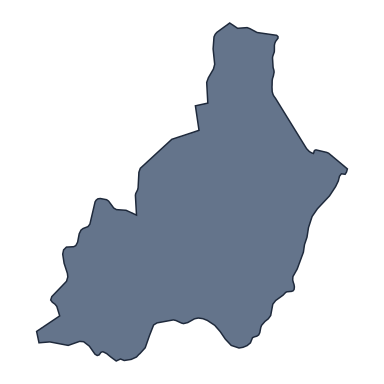 Almería, Equal Earth projection
{"feature_id": "ESP-5804", "entity_name": "Almería", "entity_type": "Autonomous Community", "adm_level": 1, "iso_a3": "ESP", "parent_name": "Spain", "parent_adm1": "", "projection": "equal_earth", "projection_center": [-2.331, 37.298], "detail": "fine", "context": "isolated", "style": "filled", "palette": "slate", "viewbox_px": 384, "rotation_deg": 0, "n_neighbors": 0, "source": "natural_earth", "source_scale": "10m", "svg_char_len": 2079}
<svg xmlns="http://www.w3.org/2000/svg" viewBox="0 0 384 384"><path d="M347.4,168.9L346.5,172.1L345.1,174.3L341.4,173.8L339.5,176.2L338.3,181.0L335.6,186.6L329.5,195.9L317.4,208.8L312.1,216.5L308.5,227.6L307.0,237.2L304.5,244.6L303.4,252.2L297.2,269.0L292.9,276.6L292.7,280.0L293.3,282.4L294.0,284.5L294.4,286.9L294.1,289.4L293.1,290.8L291.5,291.4L286.8,291.8L285.6,292.5L283.0,295.2L275.7,300.5L272.8,304.2L270.7,315.5L268.3,318.8L265.0,321.4L261.6,325.3L260.8,327.4L259.8,332.6L258.7,334.9L256.8,336.2L254.5,336.8L252.5,337.7L250.4,342.9L247.1,345.6L243.0,347.3L239.0,348.0L231.2,345.4L225.3,339.1L220.2,331.6L214.7,325.3L207.3,320.4L203.0,318.7L198.3,318.0L194.5,318.8L187.7,322.6L183.5,323.6L181.6,323.1L175.9,320.5L173.4,319.9L157.0,322.9L153.6,325.0L149.5,335.5L145.2,347.8L139.9,353.6L138.9,354.4L136.5,357.0L131.2,359.4L124.2,360.5L120.5,359.0L116.2,361.0L110.8,357.0L106.7,353.6L102.9,351.7L101.0,352.3L99.1,354.9L97.2,355.5L95.0,354.2L89.3,346.1L83.6,341.7L79.6,341.4L68.2,345.4L49.8,341.9L39.0,342.8L36.6,331.4L59.7,315.9L56.8,306.4L54.9,304.1L52.3,302.2L50.7,300.0L51.8,296.6L66.5,281.3L67.8,277.0L67.4,273.4L64.1,263.3L62.7,254.1L63.6,249.9L66.4,247.1L73.7,246.7L75.8,245.6L77.6,242.2L79.2,233.8L81.0,230.1L83.1,228.5L88.0,226.6L89.9,224.1L95.1,201.8L96.2,200.1L97.9,198.8L100.3,198.5L106.6,199.7L108.6,201.1L113.7,208.0L116.4,209.6L126.1,210.3L136.5,215.1L135.4,195.3L135.7,193.6L137.6,189.8L138.1,187.7L138.9,172.3L140.3,168.3L171.8,139.3L199.0,130.3L195.4,105.8L207.8,103.1L206.7,82.4L208.4,77.7L213.4,69.1L214.7,64.3L213.1,48.9L214.0,36.9L215.2,34.3L216.9,32.3L229.7,23.0L237.6,28.3L247.1,27.6L249.8,28.6L257.1,32.5L276.6,35.3L278.0,36.6L278.0,38.2L275.6,41.4L274.8,43.3L274.4,45.3L274.4,50.2L274.3,51.9L272.8,56.1L272.5,57.8L273.1,67.5L273.9,70.3L274.1,72.1L273.4,75.8L272.5,78.6L272.2,80.6L272.1,84.9L272.0,87.0L272.2,91.6L273.0,94.4L273.8,96.0L275.6,98.5L306.6,148.7L309.1,151.3L310.7,152.4L312.3,153.1L313.4,153.5L313.9,152.4L314.1,151.1L315.1,150.1L316.1,149.9L326.7,152.4L328.6,153.2L347.4,168.9Z" fill="#64748b" stroke="#1e293b" stroke-width="1.5"/></svg>